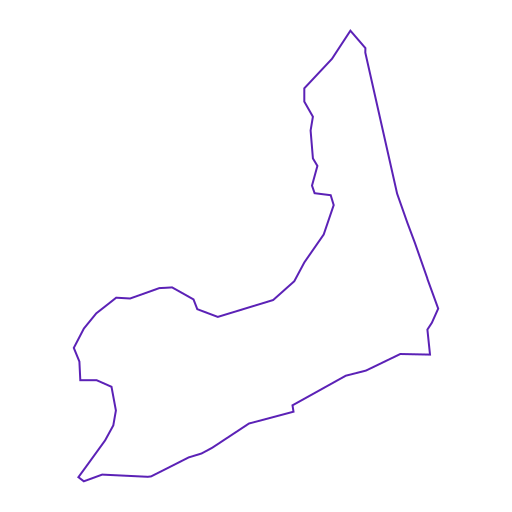 outline of Tamuning, Guam
{"feature_id": "77769853B98386396694239", "entity_name": "Tamuning", "entity_type": "district", "adm_level": 2, "iso_a3": "GUM", "parent_name": "Guam", "parent_adm1": "", "projection": "orthographic", "projection_center": [144.795, 13.512], "detail": "fine", "context": "isolated", "style": "outline", "palette": "violet", "viewbox_px": 512, "rotation_deg": 0, "n_neighbors": 0, "source": "geoboundaries", "source_scale": "gbopen_adm2", "svg_char_len": 903}
<svg xmlns="http://www.w3.org/2000/svg" viewBox="0 0 512 512"><path d="M430.0,354.6L427.4,329.6L431.9,322.7L438.2,308.6L427.4,278.9L427.3,278.3L414.9,242.9L414.6,242.1L407.3,222.6L397.1,193.6L365.3,52.6L365.4,48.1L350.4,30.7L336.1,52.5L332.0,58.8L304.3,88.3L304.3,101.6L312.9,116.7L310.6,130.5L312.9,158.2L312.9,158.4L317.4,165.9L312.0,185.6L314.6,193.2L330.7,195.2L333.7,205.1L323.7,234.5L304.4,262.3L294.3,281.2L273.2,300.0L217.8,316.9L197.3,309.2L193.5,299.4L172.1,287.4L165.5,287.8L159.3,288.1L130.1,298.5L116.2,297.7L104.9,306.6L96.3,313.3L83.9,328.5L73.8,347.9L78.8,360.1L79.4,361.6L80.3,380.2L96.6,380.2L111.5,386.8L115.9,410.5L113.3,425.4L105.1,440.4L89.9,461.4L78.4,477.2L83.8,481.3L102.2,474.6L147.8,476.8L151.1,476.4L188.7,457.4L201.5,453.5L212.3,447.7L249.0,423.5L293.5,411.7L292.5,405.3L345.8,375.7L365.9,370.6L400.3,354.0L430.0,354.6Z" fill="none" stroke="#5b21b6" stroke-width="2"/></svg>